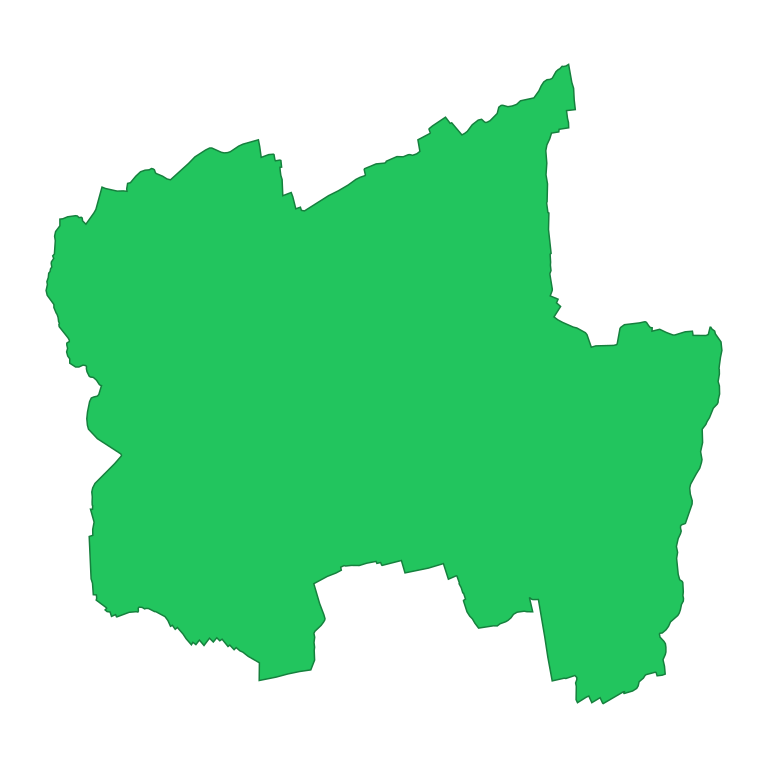 the district of Bang Phae, Ratchaburi, Thailand
{"feature_id": "78962969B38783163957938", "entity_name": "Bang Phae", "entity_type": "district", "adm_level": 2, "iso_a3": "THA", "parent_name": "Thailand", "parent_adm1": "Ratchaburi", "projection": "natural_earth1", "projection_center": [99.976, 13.683], "detail": "fine", "context": "isolated", "style": "filled", "palette": "green", "viewbox_px": 768, "rotation_deg": 0, "n_neighbors": 0, "source": "geoboundaries", "source_scale": "gbopen_adm2", "svg_char_len": 6023}
<svg xmlns="http://www.w3.org/2000/svg" viewBox="0 0 768 768"><path d="M689.7,488.1L690.6,484.2L696.3,473.8L699.8,468.1L701.5,462.4L702.0,459.6L700.6,451.7L702.6,442.6L702.2,429.2L705.9,424.4L707.0,421.7L709.5,417.6L713.3,408.2L717.4,403.9L718.1,402.2L718.2,399.9L719.6,394.0L719.4,385.9L718.1,381.5L719.4,374.0L719.3,369.4L719.0,368.7L719.4,365.2L720.5,357.2L721.9,350.4L721.0,341.9L715.4,333.9L714.7,331.1L711.9,329.0L710.8,327.2L710.1,327.2L708.3,334.5L706.1,335.5L693.1,335.4L692.4,331.2L685.2,331.8L674.8,335.0L673.0,335.0L666.4,332.5L659.7,329.3L652.0,331.2L652.2,327.8L650.3,327.5L648.6,325.6L646.5,322.4L645.4,321.8L644.5,321.8L639.5,322.9L624.4,324.7L620.7,327.4L620.0,328.5L617.2,343.8L616.5,344.7L613.7,345.4L595.8,345.9L591.3,347.2L587.0,334.7L585.4,332.7L576.9,328.0L573.3,327.1L562.6,322.4L557.6,319.7L554.0,316.9L560.6,306.5L556.5,302.8L558.1,299.2L550.2,295.9L552.2,290.6L552.3,289.1L549.8,273.8L551.0,270.6L550.4,265.2L550.6,262.1L550.1,254.2L551.1,253.4L548.5,229.6L548.9,213.0L547.9,212.5L546.6,202.8L547.1,201.7L547.5,183.9L546.0,174.8L546.8,163.2L545.8,150.7L546.9,144.9L549.7,138.9L551.5,133.1L558.8,131.9L559.1,129.3L568.7,127.8L568.5,122.6L567.5,118.4L566.5,110.6L575.3,109.6L574.2,99.9L573.6,88.3L571.8,82.4L568.6,64.4L566.0,66.0L563.5,66.5L562.1,66.3L559.7,68.9L558.3,69.5L556.0,71.6L552.3,78.2L550.1,79.4L547.0,79.7L543.8,81.9L541.3,85.7L538.9,90.9L533.9,97.9L520.5,100.8L516.6,104.4L512.2,106.0L507.9,106.7L502.8,105.3L501.1,105.4L498.8,107.2L497.2,113.5L490.1,120.7L487.2,122.2L485.7,122.5L484.5,122.0L481.6,119.3L478.2,120.1L472.2,124.8L467.3,131.4L464.7,133.4L461.9,134.9L451.7,122.8L450.2,123.4L445.5,117.2L432.5,125.9L429.2,128.6L429.0,129.2L430.3,132.9L430.0,133.4L417.9,139.8L419.9,151.4L416.8,153.8L412.6,155.3L409.9,154.6L408.3,154.7L403.2,156.8L396.9,156.6L386.3,161.2L385.8,162.3L384.7,163.1L376.1,163.9L364.6,168.7L364.2,169.6L365.4,175.0L365.1,175.6L360.1,177.3L355.9,179.4L348.2,185.0L338.5,190.7L328.5,195.7L304.5,210.9L301.4,210.4L300.4,207.2L295.8,208.8L292.8,196.8L291.2,192.5L282.8,195.7L282.1,179.5L280.8,175.3L280.0,168.9L280.0,167.3L281.6,167.1L280.9,160.5L279.9,160.1L275.4,160.8L274.9,159.7L274.0,154.6L273.4,154.2L268.7,154.6L261.2,157.4L259.7,146.5L258.4,139.8L243.1,144.1L238.7,146.1L230.4,151.7L227.7,152.6L224.2,152.9L221.3,152.3L211.8,148.0L209.7,148.0L205.6,150.0L194.9,156.9L188.6,163.4L170.5,179.8L167.1,179.0L162.6,176.2L156.2,173.5L155.4,172.7L154.4,169.8L153.1,168.9L151.5,168.5L149.3,169.8L145.0,170.2L140.5,171.8L135.8,176.2L130.4,182.7L127.6,183.4L126.7,188.8L127.0,191.3L123.2,190.9L117.2,191.1L105.5,188.5L102.0,187.1L95.9,209.4L94.0,212.8L85.9,224.2L82.6,220.9L82.2,218.0L81.3,217.3L78.9,217.6L77.4,216.0L75.6,215.7L67.6,216.8L62.8,218.8L59.9,219.1L59.9,225.8L55.6,231.5L54.6,236.2L55.3,240.7L54.4,254.0L52.7,255.9L53.7,258.4L51.4,261.9L51.2,263.5L51.8,267.0L50.5,268.9L50.1,271.5L48.7,273.2L48.3,277.5L46.9,281.6L47.4,284.6L46.1,290.5L47.2,295.3L53.9,304.5L53.9,307.6L56.2,313.1L57.1,314.5L58.1,317.5L58.6,321.6L59.4,323.2L58.9,324.6L59.2,326.7L68.0,337.8L69.3,340.1L69.3,341.6L67.1,342.8L66.8,343.3L66.8,345.0L67.6,348.4L66.6,351.9L67.7,356.0L69.7,358.8L69.8,363.2L75.6,367.0L78.9,367.0L83.0,365.1L85.8,365.6L86.5,366.7L86.4,368.8L87.0,371.7L89.2,376.2L90.4,377.0L93.3,377.4L96.5,380.2L99.3,384.5L100.5,385.4L101.5,385.6L98.8,394.5L97.4,396.1L93.7,397.0L91.3,398.0L89.6,401.6L87.5,412.0L86.8,418.7L87.4,425.2L88.5,429.2L97.4,438.7L120.8,453.9L121.5,455.3L121.4,455.9L114.6,463.7L95.0,483.4L92.7,487.9L91.8,492.0L92.3,496.9L92.1,501.9L92.2,505.1L92.7,505.7L92.5,509.0L92.5,509.3L90.5,509.2L94.1,522.1L92.7,529.4L92.8,535.3L89.2,536.5L91.1,578.8L92.5,583.2L93.3,594.7L96.4,594.9L96.7,598.2L96.2,600.1L106.5,607.8L106.6,608.4L105.1,609.9L107.1,611.6L110.1,612.0L111.5,616.4L115.6,614.6L116.5,616.8L116.9,616.9L129.2,612.3L136.1,611.7L137.9,612.0L138.4,611.0L138.2,608.2L139.1,607.1L142.2,607.4L144.6,608.9L146.1,608.4L148.5,608.5L154.6,611.6L155.9,611.7L165.0,616.6L167.9,620.5L170.5,626.3L172.4,625.3L175.2,629.3L177.4,627.5L183.0,634.0L186.1,638.7L191.4,644.8L192.9,642.3L195.9,644.6L199.4,640.1L204.0,645.5L209.5,638.2L213.3,642.0L216.8,637.8L219.8,640.8L222.1,639.2L228.0,646.5L229.8,645.1L234.1,649.7L236.2,647.6L239.9,650.8L242.8,652.1L248.1,656.3L259.4,662.8L259.2,680.5L276.2,677.1L287.7,674.0L299.7,671.5L310.8,669.9L314.6,660.1L314.2,650.4L314.6,647.2L314.0,642.5L314.7,637.2L313.9,633.3L314.9,631.3L321.1,625.4L323.5,622.2L324.7,620.1L325.0,618.7L323.8,614.5L319.6,603.5L313.8,583.7L327.3,576.4L336.0,573.0L341.3,570.2L340.7,567.2L344.0,565.6L345.6,566.0L351.4,565.4L359.3,565.5L366.7,563.2L376.0,561.4L376.9,563.4L380.6,562.5L381.6,565.0L382.1,565.4L401.4,560.5L405.0,572.9L428.4,568.1L443.4,563.6L448.4,579.2L456.2,575.8L456.9,576.0L459.3,582.7L459.1,583.8L461.2,587.7L462.8,592.9L463.6,593.3L465.5,599.1L463.5,600.4L463.5,600.9L467.0,611.8L469.7,616.1L472.4,618.9L474.9,623.2L478.6,628.1L493.5,625.8L497.3,625.9L500.0,623.8L505.8,621.7L508.0,620.4L511.0,617.8L513.5,614.3L517.1,612.2L524.2,611.2L526.9,611.7L532.7,611.8L529.5,598.0L529.8,597.8L531.8,599.3L532.9,599.6L538.4,599.5L544.8,637.2L547.8,657.0L552.2,680.9L564.2,678.2L565.9,678.5L574.9,675.5L576.8,677.5L576.8,679.7L575.6,683.0L576.3,686.2L576.1,699.7L577.5,702.7L586.4,697.1L588.8,696.0L591.8,702.7L600.1,697.7L602.6,703.1L603.2,703.6L623.4,691.8L624.3,691.7L623.8,693.1L624.1,693.5L632.6,691.0L636.7,688.4L638.2,685.9L639.1,681.8L643.4,678.1L645.1,675.4L646.2,674.6L655.3,672.2L656.1,672.5L657.1,675.8L662.2,675.2L665.2,674.1L664.5,666.3L663.0,659.7L665.3,654.5L665.9,652.0L665.9,647.3L665.4,643.7L663.9,641.3L660.0,637.1L659.4,634.0L660.0,633.2L662.2,633.0L666.0,629.8L668.5,626.4L670.5,621.9L677.8,615.5L679.2,613.2L680.4,609.7L681.5,604.4L683.3,601.1L683.5,598.4L682.9,595.7L683.3,591.9L682.8,582.6L682.2,581.4L679.7,579.7L678.2,574.3L676.6,558.3L677.6,552.4L676.4,546.5L678.2,538.5L680.5,533.6L681.2,531.1L680.5,528.0L680.6,525.8L681.6,524.8L685.0,523.6L685.5,523.1L692.1,504.0L692.2,500.7L690.3,494.1L689.7,488.1Z" fill="#22c55e" stroke="#15803d" stroke-width="1.5"/></svg>